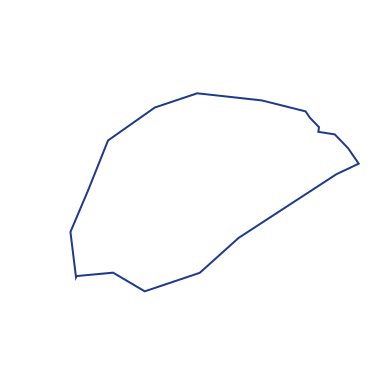 the district of Mount Beaujolais, Dennery, Saint Lucia, rotated 136°
{"feature_id": "8701671B96155424695073", "entity_name": "Mount Beaujolais", "entity_type": "district", "adm_level": 2, "iso_a3": "LCA", "parent_name": "Saint Lucia", "parent_adm1": "Dennery", "projection": "natural_earth1", "projection_center": [-60.935, 13.907], "detail": "fine", "context": "isolated", "style": "outline", "palette": "blue", "viewbox_px": 384, "rotation_deg": 136, "n_neighbors": 0, "source": "geoboundaries", "source_scale": "gbopen_adm2", "svg_char_len": 441}
<svg xmlns="http://www.w3.org/2000/svg" viewBox="0 0 384 384"><g transform="rotate(136 192 192)"><path d="M52.4,96.6L49.3,115.1L49.3,125.4L49.3,134.3L59.3,147.5L55.6,150.5L55.6,163.7L54.3,171.1L78.2,209.4L119.7,259.4L160.0,278.6L216.6,287.4L265.7,265.3L287.0,256.3L307.2,247.7L334.7,211.2L333.4,211.7L304.8,188.8L295.0,153.4L242.6,128.5L237.8,128.3L190.3,126.6L75.8,104.5L52.4,96.6Z" fill="none" stroke="#1e3a8a" stroke-width="2"/></g></svg>